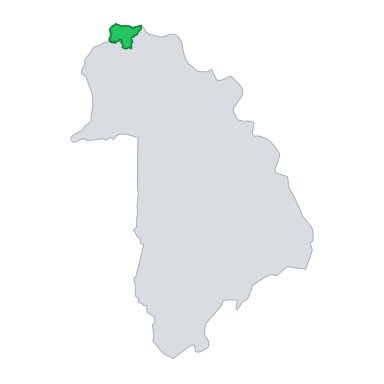 Leraba, Léraba, Burkina Faso shown in context, rotated 91°
{"feature_id": "67063806B8254339248909", "entity_name": "Leraba", "entity_type": "district", "adm_level": 2, "iso_a3": "BFA", "parent_name": "Burkina Faso", "parent_adm1": "Léraba", "projection": "mercator", "projection_center": [-5.133, 10.653], "detail": "fine", "context": "in_parent", "style": "filled", "palette": "green", "viewbox_px": 384, "rotation_deg": 91, "n_neighbors": 0, "source": "geoboundaries", "source_scale": "gbopen_adm2", "svg_char_len": 7206}
<svg xmlns="http://www.w3.org/2000/svg" viewBox="0 0 384 384"><g transform="rotate(91 192 192)"><path d="M296.1,246.8L285.2,247.3L281.3,248.4L278.9,248.5L278.8,247.5L278.5,246.9L264.8,243.5L255.2,241.6L245.5,239.4L244.9,241.4L243.5,242.8L241.4,242.9L239.9,242.5L239.0,244.1L237.4,246.2L235.1,247.2L232.9,248.5L231.6,249.7L230.7,249.7L228.5,247.0L225.6,246.7L220.0,247.2L217.5,246.5L214.1,246.1L206.1,246.7L193.3,245.6L191.2,246.2L190.6,246.6L177.9,246.8L164.0,246.9L152.3,247.0L142.0,247.1L142.0,246.7L138.7,246.6L138.4,247.5L135.5,258.2L135.2,264.0L136.7,267.7L138.4,269.9L140.4,270.9L140.6,272.2L139.0,273.9L139.2,275.6L141.0,277.4L141.4,279.2L140.5,281.2L140.7,285.9L142.1,293.3L142.1,298.1L140.8,300.3L141.4,304.1L144.0,309.4L144.4,311.6L143.5,312.7L141.4,314.0L139.3,314.0L136.8,310.8L135.8,309.3L133.8,306.1L132.1,302.8L129.8,301.4L127.5,300.0L124.8,295.9L122.1,293.9L119.4,294.5L115.3,293.7L107.1,292.7L98.2,293.0L94.6,293.9L90.9,295.4L81.8,298.8L78.1,300.4L75.4,304.6L72.3,304.5L69.1,303.2L67.2,301.3L63.0,301.7L59.0,299.8L55.0,296.2L52.2,295.0L48.5,292.4L47.5,287.4L45.1,283.9L43.0,279.1L39.8,276.9L36.2,275.7L31.1,276.0L27.8,274.0L25.1,271.2L25.8,268.7L27.0,265.2L27.2,261.8L27.9,256.4L27.5,249.5L26.5,244.7L29.3,242.7L32.6,240.9L34.6,237.7L36.7,230.4L37.5,224.1L36.9,221.7L35.8,219.9L35.0,217.1L34.5,213.8L35.1,210.9L37.5,208.2L40.6,206.0L42.8,204.9L48.5,203.8L55.7,202.1L59.9,200.2L62.9,198.3L64.6,196.8L66.4,193.7L69.2,191.3L71.3,188.9L71.6,182.2L71.6,178.4L70.0,176.3L69.1,174.5L79.8,169.2L79.9,165.5L78.4,161.4L76.3,158.0L75.5,155.1L78.5,151.8L81.1,149.2L83.0,147.0L87.2,143.7L91.6,142.9L95.6,144.1L107.3,151.9L109.3,152.4L111.8,151.8L114.8,149.7L118.8,148.1L120.3,142.9L120.2,135.3L121.1,131.8L123.2,131.1L129.9,132.6L131.7,132.7L133.6,132.2L135.1,130.8L135.0,128.4L134.7,126.2L136.9,119.1L140.9,113.7L149.0,107.0L151.5,105.7L154.5,105.0L169.0,109.6L171.3,108.5L174.9,97.1L178.8,96.0L183.5,95.8L186.6,94.8L188.2,94.0L195.1,89.7L207.3,83.8L213.8,81.2L215.1,80.3L219.8,76.1L226.0,71.3L230.0,70.3L235.5,70.0L238.9,70.8L239.9,72.1L241.0,72.8L248.1,70.8L258.4,74.0L267.3,77.2L266.7,79.3L266.6,82.8L265.9,88.5L265.0,95.3L268.7,99.7L273.0,104.4L274.2,106.2L273.1,110.9L273.9,113.6L276.2,118.1L280.1,123.9L284.2,129.8L287.0,130.6L289.6,131.1L291.2,132.1L293.6,133.1L296.0,133.8L298.0,135.1L299.3,136.4L301.0,140.0L305.6,142.4L308.8,144.8L307.5,146.0L303.5,145.5L299.8,144.5L299.3,146.2L299.1,152.9L299.7,158.5L300.6,159.2L304.4,160.2L313.3,167.5L321.4,174.3L324.1,176.1L328.6,176.7L333.6,177.0L335.7,176.4L340.6,173.0L343.2,172.6L345.6,172.7L346.9,173.2L349.2,176.0L351.4,180.3L352.0,183.4L351.8,185.1L351.0,185.7L347.1,186.5L345.3,187.1L344.9,188.0L345.5,190.1L346.3,191.5L350.6,197.6L356.9,205.8L358.9,207.9L357.8,210.4L354.6,216.8L352.2,219.5L341.6,228.5L336.4,227.5L325.6,229.3L323.9,227.2L321.4,226.9L318.3,227.3L317.1,228.1L316.8,229.0L315.7,230.2L313.7,233.8L312.1,234.8L310.2,235.3L307.8,235.2L306.4,235.7L306.4,237.5L306.0,239.0L304.4,239.8L303.7,241.5L303.8,243.3L302.9,244.0L300.9,243.6L299.6,243.1L298.5,245.3L297.1,246.8L296.1,246.8Z" fill="#d9dde1" stroke="#a8b0b8" stroke-width="1"/><path d="M26.4,245.7L26.7,246.8L26.7,247.4L26.6,247.5L26.7,247.8L27.3,248.0L27.5,248.2L27.4,249.0L27.6,249.4L27.6,250.6L28.3,252.0L28.9,252.2L29.3,252.6L29.4,252.9L29.3,253.6L29.1,254.1L28.9,254.4L28.9,254.5L28.7,254.6L28.5,255.0L28.5,255.5L28.3,255.9L28.3,256.4L28.1,256.6L27.6,256.7L27.2,256.9L27.4,257.9L27.1,258.6L27.0,261.8L27.0,262.5L26.9,262.7L26.9,263.1L27.0,263.1L27.1,263.3L27.3,263.4L27.5,263.5L27.6,263.8L27.6,264.0L27.3,264.5L27.6,265.4L27.4,265.7L27.1,266.0L26.8,267.2L26.3,268.2L26.4,268.3L26.2,268.5L26.2,268.8L25.9,269.2L25.7,269.5L25.6,270.0L25.4,270.6L25.3,270.9L25.5,271.1L25.4,271.3L25.6,271.3L25.8,271.2L25.7,271.6L26.0,271.9L26.7,272.9L26.6,273.1L26.9,273.4L27.0,273.3L27.3,273.3L27.5,273.4L27.4,273.6L27.6,274.0L27.3,274.3L27.5,274.6L27.8,274.8L28.2,274.8L28.4,275.0L28.5,275.2L28.5,275.5L28.8,275.7L29.0,275.6L29.3,275.8L29.4,276.2L29.6,276.3L30.1,276.8L30.5,276.8L31.1,276.8L31.4,277.2L31.7,277.2L31.8,277.1L32.1,276.4L32.3,276.3L32.4,276.5L32.6,276.6L33.1,276.9L33.3,276.9L33.7,276.5L34.0,276.5L34.2,276.2L34.3,276.3L34.5,276.2L34.2,275.9L34.4,275.8L34.6,275.7L34.8,275.8L35.2,276.2L35.4,276.2L35.5,275.9L35.8,275.9L36.0,276.1L36.3,276.0L36.7,276.0L37.4,275.9L37.8,276.2L38.4,275.6L38.5,275.6L38.6,275.9L38.5,276.1L39.0,276.4L39.1,276.5L39.3,276.6L39.2,277.0L39.3,277.2L39.8,276.9L40.0,277.2L40.3,277.2L40.6,277.3L41.0,277.1L41.5,276.6L41.7,276.2L41.8,276.3L42.0,276.6L42.4,276.4L42.5,276.4L42.4,276.9L42.3,277.2L42.5,277.0L42.8,276.7L43.0,276.8L43.2,276.7L42.9,276.3L42.8,276.2L42.7,276.2L42.8,276.1L43.0,276.0L43.4,276.1L43.5,276.1L43.6,275.9L43.6,275.7L43.4,275.5L43.2,275.7L43.1,275.4L43.3,275.3L43.5,275.3L43.6,275.2L43.4,275.1L43.3,274.9L43.1,274.8L43.1,274.7L43.4,274.6L43.7,274.7L43.8,274.6L43.7,274.4L43.7,274.1L43.9,273.9L44.0,273.7L43.9,273.5L43.6,273.5L43.5,273.4L43.6,273.2L43.9,273.1L44.1,272.9L43.9,272.8L43.9,272.7L43.7,272.6L43.4,272.4L43.4,272.2L43.5,272.2L43.8,272.2L44.1,271.9L44.2,271.7L43.9,271.7L44.0,271.6L43.9,271.5L43.9,271.4L43.7,271.3L43.7,271.2L43.8,271.1L44.0,271.0L44.1,270.8L44.1,270.7L43.9,270.6L43.7,270.6L43.4,270.6L43.3,270.4L43.1,270.3L43.0,270.1L42.9,270.1L42.9,269.9L42.8,269.7L42.6,269.2L42.7,268.5L42.7,268.4L42.7,268.2L42.7,267.9L42.3,267.8L41.8,267.7L41.4,267.7L41.2,267.6L40.9,267.6L40.7,267.6L40.8,267.2L40.9,266.5L41.0,266.1L41.1,265.2L41.1,264.9L41.3,264.8L41.6,264.8L42.0,264.8L42.3,264.9L42.5,264.9L42.6,265.0L42.6,265.3L42.7,265.5L42.9,265.5L43.0,265.5L43.3,265.5L43.2,265.4L43.3,265.4L43.5,265.3L43.6,265.1L44.0,264.9L44.2,264.7L44.3,264.4L44.5,264.4L44.9,264.4L45.0,264.4L45.4,264.3L45.6,264.3L46.0,264.0L46.2,263.9L46.4,263.9L46.6,263.8L46.8,263.8L47.0,263.8L47.4,263.9L47.6,264.0L47.8,264.0L48.0,264.1L48.5,264.2L48.8,263.6L49.0,263.4L49.1,263.2L49.3,262.9L49.4,262.7L49.5,262.3L49.5,262.2L49.7,261.4L49.7,261.0L49.8,260.6L49.8,260.4L49.9,260.2L49.8,259.8L49.8,259.7L49.6,259.2L49.3,258.8L49.2,258.4L49.1,258.2L48.8,257.7L48.7,257.4L48.6,257.0L48.6,256.9L48.9,256.7L49.0,256.6L49.4,256.3L49.6,256.0L49.6,255.9L49.7,255.7L49.5,255.4L49.4,255.3L49.3,255.2L49.2,255.2L49.0,254.9L48.7,255.0L48.4,255.2L48.2,255.3L48.0,255.2L47.8,254.9L47.7,254.7L47.7,254.8L47.4,254.8L47.2,255.0L46.9,255.0L46.7,255.2L46.6,255.3L46.1,255.3L45.7,255.3L45.3,255.3L44.9,255.3L44.7,255.3L44.5,255.1L44.3,254.8L44.1,254.5L44.0,254.4L43.5,254.0L43.1,254.0L42.7,254.1L42.2,254.3L41.4,254.5L41.1,254.7L40.8,254.8L40.5,255.0L40.3,255.1L40.0,255.2L39.8,255.3L39.6,255.4L39.4,255.5L39.1,255.6L38.9,255.4L38.8,255.2L38.6,255.0L38.4,254.7L38.3,254.4L38.1,254.1L38.1,253.7L38.1,253.4L38.0,253.2L38.0,252.9L38.0,252.7L37.7,252.5L37.6,252.4L37.4,252.4L37.0,252.4L36.9,252.5L36.7,252.7L36.3,252.8L36.3,252.3L36.2,251.8L36.2,251.5L36.1,251.2L36.1,250.7L36.0,250.3L35.8,250.0L35.7,249.9L35.4,249.7L34.8,249.3L34.4,249.0L34.2,248.9L33.8,248.8L33.2,248.5L33.0,248.4L32.9,248.4L32.6,248.2L32.3,248.0L32.1,247.9L31.9,247.8L31.6,247.6L31.3,247.4L30.8,246.9L30.7,246.8L30.5,246.5L30.9,246.5L30.8,246.4L30.7,246.3L29.9,245.8L29.7,245.7L29.3,245.7L29.1,245.6L28.9,245.6L28.4,245.6L27.2,245.6L26.4,245.7Z" fill="#22c55e" stroke="#15803d" stroke-width="1.5"/></g></svg>